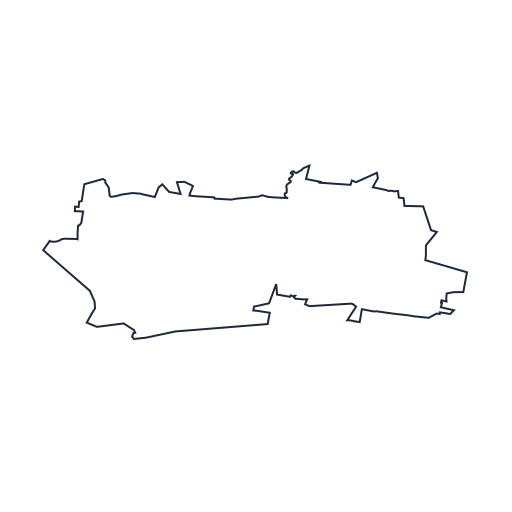 outline of Jaumave, Tamaulipas, Mexico, rotated 280°
{"feature_id": "50627088B13423922112488", "entity_name": "Jaumave", "entity_type": "district", "adm_level": 2, "iso_a3": "MEX", "parent_name": "Mexico", "parent_adm1": "Tamaulipas", "projection": "equal_earth", "projection_center": [-99.351, 23.47], "detail": "fine", "context": "isolated", "style": "outline", "palette": "slate", "viewbox_px": 512, "rotation_deg": 280, "n_neighbors": 0, "source": "geoboundaries", "source_scale": "gbopen_adm2", "svg_char_len": 3201}
<svg xmlns="http://www.w3.org/2000/svg" viewBox="0 0 512 512"><g transform="rotate(280 256 256)"><path d="M161.0,100.9L158.6,111.7L166.6,137.4L161.8,148.7L159.4,150.4L158.8,148.7L155.3,147.9L153.1,150.1L156.4,161.7L167.7,189.7L191.0,279.3L202.5,279.4L202.2,266.4L201.9,262.8L205.9,262.9L207.2,266.3L211.7,277.1L220.5,278.7L231.9,280.8L222.7,283.2L221.7,283.4L221.7,296.7L222.7,296.8L223.2,296.9L223.2,297.8L222.7,299.3L223.0,300.4L223.3,300.6L223.6,300.9L223.6,301.4L222.4,300.5L222.2,300.4L220.7,302.1L221.1,305.4L221.5,310.4L222.2,313.9L217.0,312.7L216.3,315.4L215.9,317.4L225.6,357.9L225.4,359.9L223.5,363.4L208.5,357.0L208.9,358.7L208.9,360.8L208.9,363.1L208.8,365.2L208.8,366.2L208.9,366.6L208.9,366.8L208.9,367.5L208.9,368.7L208.9,369.6L222.0,369.5L221.8,380.7L222.2,383.3L222.5,384.7L223.0,399.0L223.2,403.4L224.0,416.0L224.0,422.1L224.1,422.7L225.1,436.8L230.7,443.9L230.8,447.0L232.4,446.9L232.6,454.3L232.5,455.5L232.7,457.4L236.9,460.3L237.6,447.0L242.2,447.3L242.2,446.3L244.6,446.4L244.3,451.5L246.8,450.8L247.9,450.7L250.2,450.4L252.3,450.4L254.3,455.8L254.6,456.5L256.5,466.4L276.6,466.6L281.3,423.5L286.2,423.2L290.2,422.5L295.9,421.5L311.1,429.9L311.8,423.9L333.9,412.0L333.1,406.5L331.1,393.5L338.6,391.3L338.3,386.5L344.7,384.6L343.6,380.6L343.9,378.6L343.1,375.1L343.5,372.9L343.7,369.6L343.7,368.7L344.0,359.1L347.3,360.2L353.9,362.5L358.9,360.6L346.1,341.8L346.1,341.7L347.0,337.3L344.0,336.9L342.5,336.7L340.3,316.1L339.2,305.8L340.0,304.5L339.9,307.2L340.2,307.2L340.5,291.9L354.3,292.9L351.4,288.4L350.0,286.8L348.9,286.2L345.6,282.5L345.4,282.2L345.1,281.8L344.8,281.4L344.8,281.0L345.0,280.0L345.1,279.6L345.4,279.2L345.6,278.6L345.9,278.0L345.7,277.3L345.0,276.5L344.4,276.2L344.1,276.0L343.8,275.8L343.5,275.9L343.3,276.0L343.2,276.4L343.3,277.4L343.4,277.7L343.3,278.1L343.0,278.3L342.6,278.3L341.4,277.8L340.9,277.6L340.5,277.5L339.4,276.6L338.1,275.2L337.6,275.0L337.2,275.1L336.9,275.3L336.6,275.7L336.6,275.9L336.1,276.8L335.8,277.1L335.5,277.3L335.2,277.3L334.8,277.2L334.3,276.8L334.0,276.3L333.3,275.5L332.0,274.4L331.3,274.0L330.9,273.9L330.0,273.7L327.9,274.4L326.6,274.9L326.2,274.7L325.1,275.0L324.3,275.2L323.8,275.1L323.4,274.9L323.2,274.6L322.9,273.8L322.7,273.6L322.4,273.5L321.9,273.5L320.7,273.8L320.4,274.0L319.4,274.7L319.0,275.3L318.7,275.5L318.6,277.6L316.7,262.5L316.3,257.6L316.9,251.5L314.9,248.0L308.9,226.2L307.3,222.1L305.3,205.2L306.5,204.7L304.2,184.5L304.0,179.9L306.3,180.1L310.5,181.0L313.8,181.7L314.0,181.7L314.8,179.1L316.6,172.6L315.0,165.3L304.0,170.9L304.0,159.4L310.3,151.3L306.7,148.2L304.2,147.7L296.5,146.1L297.1,132.9L297.3,132.0L297.3,131.5L296.6,123.6L293.1,112.8L290.4,107.3L290.5,107.0L289.1,103.3L289.8,101.5L297.7,99.1L299.7,97.4L302.0,94.9L304.2,94.5L305.2,92.2L305.3,92.0L296.9,74.5L288.7,74.6L286.2,74.7L279.8,74.8L279.2,73.3L278.9,72.4L273.5,72.8L273.2,69.2L268.7,69.8L269.8,78.0L258.2,78.2L255.6,76.8L255.3,75.8L255.0,75.5L247.0,76.4L241.5,77.4L241.6,76.4L239.8,64.6L239.0,62.1L236.2,58.4L234.9,54.7L234.8,52.8L234.8,51.0L234.5,50.7L234.9,50.1L230.7,48.3L228.0,46.9L224.8,45.4L213.2,64.6L201.3,84.4L192.9,98.4L183.2,104.9L176.5,106.6L170.1,104.0L161.0,100.9Z" fill="none" stroke="#1e293b" stroke-width="2"/></g></svg>